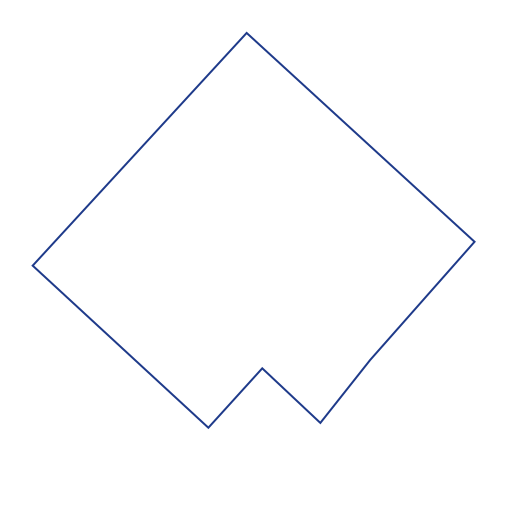 the district of Otsego, Michigan, United States of America, rotated 222°
{"feature_id": "52423323B37183353111965", "entity_name": "Otsego", "entity_type": "district", "adm_level": 2, "iso_a3": "USA", "parent_name": "United States of America", "parent_adm1": "Michigan", "projection": "mercator", "projection_center": [-84.642, 45.028], "detail": "fine", "context": "isolated", "style": "outline", "palette": "blue", "viewbox_px": 512, "rotation_deg": 222, "n_neighbors": 0, "source": "geoboundaries", "source_scale": "gbopen_adm2", "svg_char_len": 259}
<svg xmlns="http://www.w3.org/2000/svg" viewBox="0 0 512 512"><g transform="rotate(222 256 256)"><path d="M412.2,415.5L415.5,99.4L176.5,96.5L176.2,176.7L96.5,175.0L101.6,255.2L103.1,412.8L412.2,415.5Z" fill="none" stroke="#1e3a8a" stroke-width="2"/></g></svg>